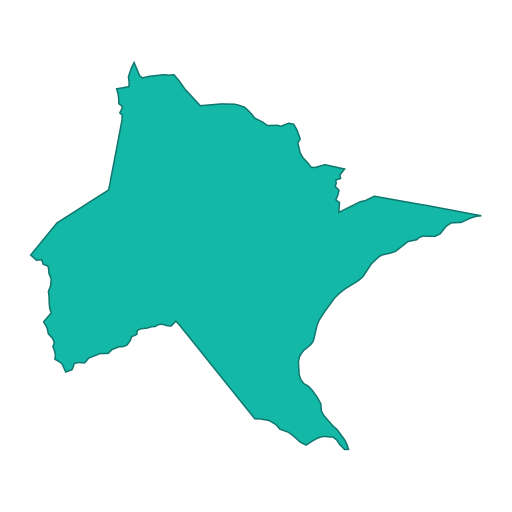 São José do Egito, Pernambuco, Brazil
{"feature_id": "56859067B74769239059488", "entity_name": "São José do Egito", "entity_type": "district", "adm_level": 2, "iso_a3": "BRA", "parent_name": "Brazil", "parent_adm1": "Pernambuco", "projection": "orthographic", "projection_center": [-37.263, -7.536], "detail": "fine", "context": "isolated", "style": "filled", "palette": "teal", "viewbox_px": 512, "rotation_deg": 0, "n_neighbors": 0, "source": "geoboundaries", "source_scale": "gbopen_adm2", "svg_char_len": 2463}
<svg xmlns="http://www.w3.org/2000/svg" viewBox="0 0 512 512"><path d="M481.3,215.8L428.1,205.7L417.5,203.9L374.3,196.2L365.4,200.6L360.3,201.7L338.8,212.4L339.5,202.6L335.8,199.8L337.7,195.7L339.0,190.1L335.2,186.6L336.2,183.2L335.8,180.0L340.6,178.5L340.0,174.7L344.6,169.0L324.9,164.7L314.9,167.5L311.2,167.3L307.5,162.6L302.9,157.7L300.2,152.8L298.9,147.4L297.8,143.0L300.2,138.9L297.1,130.2L293.7,124.2L288.8,123.2L280.8,126.3L277.9,125.3L267.4,125.5L262.5,122.0L255.0,118.3L251.0,113.4L247.5,109.9L244.6,107.2L239.1,105.3L234.6,104.2L221.6,103.9L210.8,104.8L200.3,105.7L184.8,89.0L182.5,85.6L179.2,80.9L173.9,74.7L169.2,75.2L163.9,74.7L149.6,76.3L142.3,77.9L139.6,75.6L134.1,62.5L131.7,67.4L130.4,70.8L128.4,76.9L129.1,82.0L129.0,86.6L122.6,87.8L116.6,88.8L118.0,93.5L118.8,99.3L118.8,103.7L122.6,106.6L121.3,109.9L119.8,112.9L122.2,115.0L122.0,120.0L113.0,167.4L112.4,170.4L110.7,179.2L109.9,184.2L108.4,190.1L96.7,197.5L89.6,202.0L81.0,207.6L57.0,222.9L30.7,255.0L36.4,260.2L41.7,259.8L43.2,264.2L48.0,266.1L48.7,269.6L49.0,273.6L51.2,279.0L50.6,285.9L48.4,291.3L49.0,296.1L49.2,302.5L49.7,308.5L51.3,312.9L43.6,321.8L45.4,324.9L47.1,328.0L48.4,333.9L52.6,338.4L54.4,342.7L52.9,346.6L54.4,350.4L55.4,354.6L54.9,359.3L59.4,361.8L62.0,363.9L65.7,372.0L72.0,369.7L73.3,366.7L74.2,363.5L78.2,362.5L84.7,362.9L88.7,358.1L99.9,353.6L108.2,353.4L112.0,349.6L118.7,346.9L123.5,346.5L127.0,345.0L130.2,340.7L131.5,336.8L136.8,334.4L137.2,330.5L140.7,328.8L147.1,328.1L151.7,326.7L155.2,326.5L158.3,324.6L162.1,324.2L166.8,325.6L171.1,326.1L175.9,321.1L180.4,326.1L182.8,329.3L186.3,333.5L221.1,376.9L254.8,418.8L260.2,418.9L269.1,420.5L276.4,424.9L279.9,429.2L288.1,432.1L293.1,435.6L300.4,442.3L306.0,445.1L312.7,440.8L317.3,438.3L321.5,436.8L324.7,436.4L328.1,436.8L333.1,437.1L336.8,440.1L339.7,444.5L344.5,449.5L348.5,449.4L346.9,444.4L344.6,439.8L337.3,429.8L332.7,425.7L323.5,415.1L321.4,411.0L320.8,403.8L317.0,396.8L312.0,390.0L308.2,386.1L303.7,383.6L300.7,379.3L299.2,374.7L298.4,361.8L299.5,356.7L301.2,353.8L303.7,350.4L310.7,344.7L312.8,341.9L313.9,338.9L316.8,326.3L318.3,321.9L320.0,318.8L324.4,312.0L334.7,297.9L339.1,293.6L342.9,290.5L345.4,288.6L357.8,281.0L362.7,277.0L365.8,272.3L371.5,263.7L379.2,256.5L382.7,254.8L390.8,253.0L395.6,251.3L407.9,241.6L416.8,239.7L419.3,237.4L423.1,236.1L434.9,236.4L440.1,233.9L446.2,226.2L451.2,222.9L461.2,222.4L469.8,218.4L476.0,216.3L481.3,215.8Z" fill="#14b8a6" stroke="#0f766e" stroke-width="1.5"/></svg>